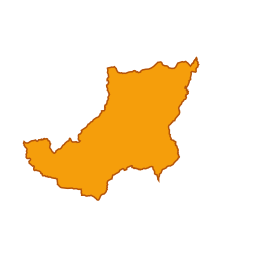 the district of Sigchos, Cotopaxi, Ecuador, rotated 48°
{"feature_id": "8360857B12215357040494", "entity_name": "Sigchos", "entity_type": "district", "adm_level": 2, "iso_a3": "ECU", "parent_name": "Ecuador", "parent_adm1": "Cotopaxi", "projection": "natural_earth1", "projection_center": [-78.944, -0.614], "detail": "fine", "context": "isolated", "style": "filled", "palette": "amber", "viewbox_px": 256, "rotation_deg": 48, "n_neighbors": 0, "source": "geoboundaries", "source_scale": "gbopen_adm2", "svg_char_len": 5830}
<svg xmlns="http://www.w3.org/2000/svg" viewBox="0 0 256 256"><g transform="rotate(48 128 128)"><path d="M68.5,214.3L69.4,215.9L70.7,216.1L71.5,216.9L72.2,216.8L73.7,217.2L74.4,217.0L75.6,217.0L76.5,217.5L77.3,219.0L78.5,219.4L79.1,220.4L79.3,221.3L80.1,221.6L81.6,223.3L83.0,223.4L83.9,222.7L84.6,221.4L85.7,221.2L86.2,221.5L86.5,222.1L86.6,223.1L86.5,223.9L88.2,225.0L89.6,224.6L90.6,224.6L92.6,224.3L92.9,223.6L93.4,223.4L94.3,223.8L94.4,224.4L95.3,225.4L96.2,226.0L96.8,225.9L97.3,225.7L97.4,225.0L97.8,224.4L98.6,224.2L100.1,223.1L101.2,222.6L102.5,222.5L103.3,223.0L103.5,222.8L104.0,222.9L104.3,222.5L104.8,222.5L105.7,223.2L106.6,223.3L107.6,221.8L109.3,221.4L110.1,220.1L110.9,220.3L111.3,220.0L112.3,218.7L113.2,218.2L114.0,218.0L116.3,216.2L117.0,215.4L118.0,215.3L118.5,214.8L118.8,215.1L119.3,215.2L119.6,215.7L121.8,217.2L122.8,218.2L123.9,217.8L125.1,218.0L127.0,217.8L128.1,217.1L132.4,213.3L135.3,209.7L136.8,209.1L137.7,207.9L138.8,206.7L140.3,206.0L142.2,203.8L142.5,204.3L143.3,204.5L144.3,205.3L144.3,205.6L144.8,206.0L145.6,206.5L145.9,206.4L147.0,207.4L148.9,205.2L150.4,204.7L151.1,204.1L151.9,202.6L152.7,201.9L153.3,200.5L156.6,199.3L158.1,199.2L158.9,198.9L160.1,199.1L161.0,198.9L161.8,198.0L161.4,196.5L160.1,193.7L159.9,192.5L160.1,191.6L161.1,189.6L160.7,186.9L159.9,185.8L159.7,184.5L158.5,184.2L158.2,183.1L156.9,182.5L156.5,181.0L155.2,180.6L154.4,179.7L153.8,178.1L154.6,174.9L155.0,174.0L154.6,173.9L154.4,173.1L152.8,170.9L153.5,169.7L153.9,167.1L154.3,165.9L154.6,163.7L153.9,162.5L154.8,158.9L156.1,158.6L157.0,159.0L157.5,158.1L157.4,157.7L158.0,156.9L157.9,156.6L157.1,156.1L156.9,154.7L158.3,150.7L159.0,150.3L159.6,151.2L159.9,151.4L160.2,150.9L161.0,150.8L161.4,150.3L162.0,150.6L162.4,150.2L162.4,149.6L163.0,149.5L163.6,148.8L164.4,148.6L164.8,147.9L165.8,148.0L166.5,146.9L166.9,147.1L167.2,147.0L167.4,146.2L168.3,145.0L168.3,143.9L168.9,142.9L169.6,142.7L170.3,141.7L170.6,140.6L171.1,139.9L171.5,137.8L172.4,136.2L173.4,135.6L175.5,136.9L176.6,136.9L178.2,137.4L179.8,138.8L181.0,138.6L182.0,137.8L185.0,139.2L186.0,140.1L187.5,140.3L185.5,138.6L184.7,136.9L183.3,135.3L183.5,133.5L182.0,130.7L182.1,129.4L182.6,128.5L183.2,126.0L182.9,125.5L182.9,124.5L183.5,122.9L184.5,122.0L185.2,118.9L184.7,116.8L184.5,113.9L184.6,112.2L184.0,111.2L184.1,110.1L183.8,109.2L183.2,109.0L182.5,109.1L182.0,108.5L181.3,108.3L180.4,108.3L180.1,107.3L179.3,107.2L178.4,105.9L178.0,105.9L177.8,105.4L177.1,105.0L176.0,104.9L174.1,103.8L172.7,104.2L172.0,103.3L171.2,103.4L171.0,102.6L170.3,101.8L169.5,102.0L168.9,102.6L167.8,102.3L166.5,103.3L165.7,103.5L165.3,103.3L165.0,103.6L164.7,103.0L162.3,102.3L161.8,101.9L161.3,101.1L160.1,101.3L157.1,98.5L156.1,98.4L154.1,97.0L153.4,95.8L153.6,94.2L153.4,93.5L153.5,93.1L153.4,92.3L153.1,91.9L153.4,90.8L152.9,89.7L153.8,88.4L152.7,86.5L151.9,80.5L150.8,79.0L150.2,78.8L149.9,78.3L149.2,78.2L147.1,77.0L146.7,76.4L145.9,73.6L146.0,73.1L145.9,72.2L144.9,70.6L144.9,68.5L144.5,67.9L144.5,67.1L145.0,66.1L145.0,65.5L144.2,64.0L143.7,63.9L143.2,64.1L142.8,63.1L142.3,63.1L142.1,62.1L142.6,61.4L142.5,60.0L142.2,59.8L141.7,59.9L141.2,58.8L140.9,58.9L140.6,59.7L139.7,58.5L139.1,59.3L138.2,58.3L137.2,58.3L136.5,58.9L135.8,58.2L135.7,57.5L136.8,57.7L136.9,57.1L136.2,54.5L134.6,51.6L133.7,50.9L133.9,49.1L133.5,48.6L132.6,48.3L130.5,45.2L129.5,44.3L128.8,44.0L128.8,42.6L131.6,40.5L131.7,39.7L129.4,37.7L129.1,36.1L129.3,35.3L128.3,34.0L128.1,33.0L126.9,33.2L126.0,32.0L123.7,31.8L123.3,30.8L121.9,30.1L121.5,30.0L121.5,30.5L122.2,32.1L122.0,32.6L122.3,32.9L122.4,34.4L123.4,35.6L123.1,36.3L123.4,36.5L123.1,37.0L123.2,38.0L123.7,39.0L123.6,39.7L123.8,40.2L119.6,40.1L118.3,40.5L117.3,40.5L117.0,40.7L116.4,42.3L115.0,43.3L113.1,47.6L114.6,51.7L114.6,53.8L113.8,54.5L113.3,55.4L110.6,57.4L108.9,57.2L107.8,57.6L106.4,59.0L104.9,59.8L103.8,59.9L103.3,59.8L102.6,59.3L101.2,59.3L100.6,59.7L99.7,61.3L99.2,61.7L99.4,67.8L99.0,70.5L98.0,73.3L96.3,75.4L94.5,78.4L94.3,80.3L94.4,80.9L94.8,81.3L93.8,83.2L92.5,83.4L92.1,84.3L91.8,84.4L90.8,84.2L89.9,84.6L89.2,85.6L89.2,87.0L87.8,88.7L86.9,90.2L85.8,93.2L84.5,94.4L83.7,95.6L82.8,95.7L81.9,97.1L80.9,97.5L80.6,97.9L79.6,98.2L78.6,97.9L77.8,97.9L76.0,97.0L73.3,97.1L73.0,98.3L71.7,99.5L71.6,99.9L69.9,102.9L69.8,103.3L71.6,104.3L73.1,106.2L74.7,106.6L77.2,108.3L77.4,110.3L78.2,111.4L78.8,111.8L79.2,111.1L80.0,111.2L81.5,112.1L81.5,112.8L82.0,113.3L82.1,114.5L81.8,115.1L82.2,115.5L83.3,116.3L84.9,116.6L85.3,117.2L85.6,117.3L86.3,118.2L87.1,118.0L88.7,118.8L89.6,118.7L89.8,119.2L90.6,119.3L90.6,119.9L91.1,120.2L91.7,122.3L92.4,122.5L92.8,123.0L93.1,122.9L93.9,124.5L93.9,125.3L95.4,127.0L95.5,127.7L96.1,128.2L95.7,129.7L96.1,129.9L96.1,130.6L97.0,131.3L97.4,131.2L97.6,132.0L98.1,132.1L98.8,132.7L99.2,134.1L97.6,136.2L98.6,137.0L98.9,138.1L99.0,139.6L99.5,140.0L99.9,141.1L99.8,141.6L100.0,142.3L99.7,143.7L99.2,144.5L98.8,147.5L98.8,148.5L99.3,150.0L98.7,151.7L99.0,154.2L98.5,154.9L99.5,158.2L98.6,164.3L99.7,164.7L100.2,165.7L100.5,167.5L100.1,168.0L99.9,169.1L100.3,169.8L102.3,171.4L102.8,172.3L103.9,172.7L105.6,172.2L105.7,174.0L104.5,175.6L103.9,175.5L103.4,175.8L102.9,176.7L101.3,178.6L100.0,178.8L97.6,178.0L97.0,178.0L96.7,178.2L96.8,178.8L97.8,180.2L97.8,181.0L97.3,181.7L97.2,185.0L97.6,186.3L97.3,188.1L98.2,191.0L98.1,192.4L97.8,193.0L97.2,193.5L97.1,194.3L96.9,197.0L97.6,197.9L97.5,199.6L96.5,200.1L95.6,199.9L94.9,200.2L93.0,199.7L90.5,199.4L90.0,199.2L89.4,198.5L88.2,196.8L88.1,196.2L87.1,196.3L86.5,195.7L85.3,195.2L84.5,195.4L84.1,195.8L82.2,195.2L81.4,195.7L81.2,196.4L80.5,196.9L80.4,197.3L79.9,197.2L79.6,197.7L79.9,198.4L79.8,199.0L79.2,199.8L78.6,199.5L78.3,200.0L78.6,200.6L78.2,200.9L77.0,202.3L77.3,203.1L77.1,204.4L76.1,204.8L75.1,204.7L74.3,206.4L73.0,208.3L72.5,210.6L72.4,211.8L71.8,212.9L70.5,214.1L68.5,214.3Z" fill="#f59e0b" stroke="#b45309" stroke-width="1.5"/></g></svg>